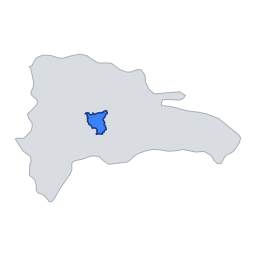 Constanza, La Vega, Dominican Republic shown in context
{"feature_id": "3306468B51834332245466", "entity_name": "Constanza", "entity_type": "district", "adm_level": 2, "iso_a3": "DOM", "parent_name": "Dominican Republic", "parent_adm1": "La Vega", "projection": "orthographic", "projection_center": [-70.661, 18.86], "detail": "fine", "context": "in_parent", "style": "filled", "palette": "blue", "viewbox_px": 256, "rotation_deg": 0, "n_neighbors": 0, "source": "geoboundaries", "source_scale": "gbopen_adm2", "svg_char_len": 5138}
<svg xmlns="http://www.w3.org/2000/svg" viewBox="0 0 256 256"><path d="M29.4,175.6L29.8,164.9L31.4,160.6L29.9,156.0L23.1,151.1L19.0,144.8L15.4,139.2L16.2,138.4L23.6,138.2L26.2,136.2L31.2,130.6L32.3,126.0L31.9,122.6L28.7,118.4L27.4,114.1L31.4,110.3L36.7,104.8L37.4,102.6L37.3,100.5L31.3,94.7L30.9,92.2L33.7,85.8L33.5,81.6L30.8,68.5L29.4,66.6L32.1,65.5L33.9,61.6L36.3,58.2L39.5,56.3L43.0,55.2L50.1,55.3L59.9,58.3L62.7,58.3L72.1,55.6L79.9,54.1L87.2,55.8L90.2,58.2L96.3,61.9L99.3,63.1L108.9,63.0L111.5,63.3L119.6,69.5L126.4,72.0L130.3,72.1L137.3,69.7L140.8,69.7L144.9,75.0L145.7,82.6L149.1,89.5L154.3,93.9L179.7,91.8L185.3,95.4L183.4,98.4L179.8,100.1L167.8,99.4L162.5,99.8L161.4,102.8L161.4,105.6L168.5,106.2L175.5,107.6L182.5,109.7L189.7,111.2L197.8,112.1L205.8,113.6L219.2,118.9L234.0,131.1L238.0,133.9L240.6,137.7L239.5,142.5L234.3,150.4L231.3,152.9L227.0,154.5L224.1,157.8L221.3,163.3L219.5,163.7L217.4,163.5L213.9,160.5L211.3,155.7L204.1,151.4L195.7,152.0L183.2,149.5L175.7,150.8L168.1,151.2L160.4,149.9L152.6,149.4L144.9,151.1L137.4,154.0L134.6,155.9L129.8,160.3L127.3,162.0L109.0,164.3L103.7,161.0L98.8,156.5L91.8,155.9L81.6,159.4L75.2,160.6L72.6,162.1L71.8,163.8L71.8,170.0L70.3,173.8L60.3,188.1L54.6,198.1L52.3,201.3L49.6,201.9L44.8,196.1L41.6,194.0L37.8,192.9L36.1,189.8L36.2,185.4L35.2,181.2L32.9,177.8L29.4,175.6Z" fill="#d9dde1" stroke="#a8b0b8" stroke-width="1"/><path d="M97.0,134.1L97.3,134.1L97.6,134.0L97.7,133.9L97.9,133.9L98.5,133.9L98.8,133.9L99.0,133.8L99.3,133.7L99.5,133.7L99.8,133.8L100.0,133.9L100.2,134.0L100.3,134.1L100.5,134.1L100.8,134.1L101.2,134.1L102.0,134.1L102.3,134.1L102.5,134.0L102.6,133.9L102.7,133.7L102.5,133.4L102.5,133.1L102.4,132.9L102.4,132.7L102.5,132.7L102.8,132.6L103.0,132.5L103.1,132.3L103.3,132.0L103.5,131.7L103.8,131.6L104.0,131.7L104.1,131.8L104.2,131.7L104.3,131.7L104.4,131.4L104.4,131.2L104.4,130.9L104.5,130.6L104.7,130.3L104.8,130.2L105.3,130.0L105.4,129.9L105.5,129.9L105.8,129.6L106.0,129.5L106.2,129.4L106.3,129.3L106.3,129.2L106.1,128.7L106.0,128.4L106.0,127.9L105.9,127.8L105.9,127.6L105.6,127.3L105.5,127.2L105.4,127.1L105.4,126.8L105.4,126.5L105.4,126.2L105.4,125.9L105.2,125.7L104.9,125.3L104.7,125.2L104.3,125.0L104.2,124.8L104.2,124.7L104.1,124.4L104.3,124.1L104.3,123.8L104.4,123.7L104.5,123.5L104.5,123.4L104.7,123.1L104.8,122.8L104.8,122.7L104.6,122.4L104.5,122.2L104.3,122.1L104.2,122.0L104.2,121.9L104.1,121.5L104.1,121.4L103.9,121.3L103.8,121.2L103.6,121.0L103.6,120.9L103.6,120.6L103.4,120.4L103.1,120.2L103.0,119.9L103.0,119.1L103.1,118.9L103.4,118.6L103.6,118.5L103.8,118.4L103.9,118.2L104.0,117.8L104.0,117.7L104.4,117.4L104.6,117.4L104.8,117.1L105.0,116.8L105.0,116.7L105.1,116.3L105.1,116.2L105.2,115.6L105.3,115.5L105.3,115.4L105.5,115.1L105.7,114.8L105.9,114.4L106.0,114.2L106.4,114.0L106.5,114.0L106.9,113.8L107.1,113.7L107.1,113.2L107.1,112.9L107.2,112.7L107.2,112.3L106.9,111.8L106.9,111.6L106.8,111.2L106.6,111.0L106.2,110.9L106.0,110.7L105.6,110.7L105.2,110.8L104.9,110.9L104.8,111.0L104.6,111.2L104.3,111.3L103.9,111.5L103.6,111.9L103.4,111.9L103.2,111.8L102.9,112.0L103.0,112.3L103.0,112.5L102.9,112.6L102.6,112.7L101.9,112.7L101.7,112.7L101.5,112.8L101.2,113.0L100.9,113.0L100.9,112.9L100.7,112.7L100.6,112.8L100.1,113.0L99.9,113.0L99.7,112.9L98.3,112.9L98.0,112.9L97.9,112.9L97.5,113.2L97.2,113.4L96.7,113.4L96.4,113.5L96.1,113.6L95.8,113.9L95.8,114.0L95.7,114.1L95.5,114.3L95.4,114.3L95.2,114.3L94.9,114.3L94.6,114.2L94.3,114.0L94.1,114.0L93.8,113.9L93.6,113.9L93.5,113.4L93.4,113.3L93.3,113.2L93.2,113.1L92.9,113.0L92.7,113.3L92.8,113.6L92.8,114.0L92.8,114.3L92.7,114.5L92.4,114.6L92.2,114.7L91.7,114.7L91.4,114.7L91.2,114.8L90.8,114.8L90.7,114.8L90.4,114.7L90.0,114.6L89.9,114.6L89.7,114.4L89.3,113.7L88.9,113.3L88.8,113.1L88.7,113.0L88.5,112.9L88.4,112.8L88.1,112.8L87.0,112.8L86.8,112.8L86.6,112.8L86.4,112.9L86.1,113.0L85.8,113.2L85.7,113.2L85.5,113.5L85.4,113.7L85.7,113.7L86.1,113.7L86.3,113.7L86.5,113.8L86.9,114.2L87.0,114.2L87.1,114.3L87.3,114.4L87.4,114.5L87.3,114.9L87.1,115.0L87.0,115.4L87.0,115.5L87.0,115.8L87.1,116.1L87.2,116.4L87.2,116.5L87.3,116.6L87.6,116.8L87.8,117.1L87.9,117.3L87.9,117.5L88.0,117.7L88.1,117.8L88.3,118.0L88.2,118.1L88.1,118.4L87.9,118.5L87.6,118.5L87.4,118.5L87.5,118.9L87.5,119.1L87.5,119.4L87.5,120.1L87.5,120.3L87.6,120.5L87.7,120.9L87.7,121.0L87.6,121.4L87.5,121.5L87.6,121.8L87.9,122.0L88.2,122.2L88.4,122.5L88.6,122.9L88.6,123.0L88.6,123.4L88.8,123.7L88.8,124.1L88.9,124.3L89.0,124.4L89.1,124.5L89.5,124.7L89.9,124.8L90.1,124.8L90.3,124.9L90.6,124.9L90.8,125.0L91.0,125.3L91.0,125.6L91.2,126.0L91.3,126.1L91.5,126.4L91.6,126.5L91.9,126.9L91.9,127.2L92.0,127.5L92.1,127.9L92.2,128.0L92.3,128.1L92.5,128.3L93.0,128.2L93.6,127.9L93.9,127.8L94.1,127.9L94.5,128.0L94.8,128.1L95.0,128.2L95.3,128.2L95.7,128.2L95.9,128.3L96.0,128.3L96.2,128.5L96.3,128.6L96.4,128.8L96.5,129.1L96.9,129.4L97.0,129.4L97.1,129.6L97.2,129.8L97.2,130.1L97.0,130.6L96.8,130.9L96.7,131.0L96.9,131.5L97.2,131.9L97.3,132.2L97.4,132.3L97.3,132.5L97.2,132.7L97.1,132.8L96.9,132.9L96.7,133.1L96.7,133.3L96.6,133.5L96.4,133.8L96.3,134.0L96.4,134.3L96.5,134.3L96.8,134.1L97.0,134.1Z" fill="#3b82f6" stroke="#1e3a8a" stroke-width="1.5"/></svg>